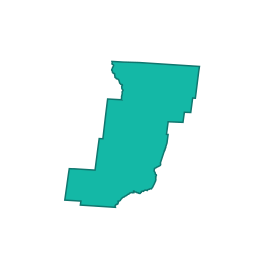 Alberti, Buenos Aires, Argentina (Equal Earth projection), rotated 232°
{"feature_id": "61730980B40572574294935", "entity_name": "Alberti", "entity_type": "district", "adm_level": 2, "iso_a3": "ARG", "parent_name": "Argentina", "parent_adm1": "Buenos Aires", "projection": "equal_earth", "projection_center": [-60.326, -35.028], "detail": "fine", "context": "isolated", "style": "filled", "palette": "teal", "viewbox_px": 256, "rotation_deg": 232, "n_neighbors": 0, "source": "geoboundaries", "source_scale": "gbopen_adm2", "svg_char_len": 4287}
<svg xmlns="http://www.w3.org/2000/svg" viewBox="0 0 256 256"><g transform="rotate(232 128 128)"><path d="M132.1,56.7L129.2,53.6L110.1,33.8L99.4,45.9L96.6,43.0L73.2,69.3L73.5,69.5L73.9,69.5L74.2,69.6L74.5,69.8L74.8,70.2L74.9,70.7L75.0,71.1L74.9,71.3L74.9,71.6L75.0,71.9L74.8,72.0L74.6,72.1L74.6,72.5L74.7,72.9L74.5,73.1L74.5,73.3L74.5,73.5L74.8,73.6L75.1,73.9L75.2,74.2L75.3,74.6L75.6,74.9L76.2,75.1L76.3,75.1L76.1,75.5L76.0,75.8L75.8,76.2L75.7,76.8L75.7,77.1L75.7,77.4L75.8,77.7L76.1,78.1L76.2,78.4L76.2,78.9L76.2,79.3L76.4,79.8L76.5,80.2L76.4,80.5L76.5,80.9L76.5,81.3L76.4,81.7L76.3,82.0L76.1,82.2L76.0,83.0L76.1,83.3L76.1,83.8L76.0,84.3L75.8,84.7L75.8,84.9L75.7,85.5L75.7,85.8L75.8,86.2L75.8,86.7L75.8,87.1L75.6,87.4L75.5,87.6L75.4,87.9L75.5,88.0L75.5,88.7L75.6,88.9L75.6,89.4L75.4,89.7L75.3,90.0L75.2,90.4L75.1,90.8L74.9,91.1L74.5,91.4L74.2,91.6L74.1,92.0L73.9,92.2L73.8,92.3L73.6,92.5L73.4,92.8L73.6,93.0L73.9,92.9L74.2,93.1L74.6,93.3L74.9,93.4L74.9,93.7L74.6,94.0L74.4,94.0L73.9,94.0L73.7,94.0L73.2,94.3L72.8,94.6L72.6,94.8L72.4,95.0L72.1,95.2L71.9,95.2L71.6,95.3L71.3,95.3L71.1,95.6L71.0,95.8L70.9,96.0L70.7,96.2L70.2,96.2L69.8,96.4L69.6,96.5L69.4,96.8L69.0,97.2L69.0,97.6L69.2,98.0L69.4,98.3L69.2,98.6L69.1,98.9L69.2,99.1L69.4,99.3L69.6,99.4L69.6,99.9L69.6,100.2L69.3,100.5L69.1,100.7L68.9,100.8L68.6,101.1L68.5,101.3L68.6,101.7L68.8,102.0L68.7,102.6L68.6,102.8L68.5,103.3L68.3,103.5L68.0,103.7L67.8,104.0L67.6,104.3L67.2,104.4L66.9,104.6L67.0,105.0L67.2,105.4L67.1,105.9L67.0,106.3L66.8,106.6L66.7,106.9L66.5,107.3L66.6,107.8L66.5,108.1L66.1,108.5L65.7,108.8L65.6,109.1L65.7,109.3L65.9,109.7L66.0,110.2L66.1,110.6L66.2,111.0L66.3,111.3L66.6,111.7L66.8,112.0L66.8,112.4L67.1,112.8L67.3,113.2L67.5,113.6L67.7,114.1L67.8,114.5L68.0,114.8L68.3,115.0L68.4,115.4L68.6,115.7L68.7,116.0L68.9,116.4L69.0,116.6L69.2,116.9L69.2,117.0L69.3,117.2L69.4,117.4L69.7,117.5L69.9,117.6L70.0,117.9L70.2,118.2L70.4,118.4L70.8,118.5L71.1,118.7L71.3,118.8L71.3,119.0L71.5,119.3L71.9,119.5L72.2,119.5L72.5,119.6L72.6,119.8L72.7,120.0L72.7,120.3L72.8,120.5L72.9,120.8L73.1,121.1L73.5,121.4L74.0,121.5L74.3,121.3L74.6,121.1L75.0,121.3L75.4,121.5L75.9,121.8L76.3,121.9L76.9,122.0L77.5,122.0L77.9,122.0L78.3,122.3L78.7,122.8L79.0,123.2L79.5,123.6L79.8,123.9L79.8,124.4L79.6,124.9L79.5,125.2L79.4,125.8L79.4,126.4L79.3,126.9L79.1,127.7L79.0,128.2L78.9,129.0L78.7,129.6L78.7,130.3L78.8,130.8L79.2,131.3L79.6,131.6L79.8,131.7L80.2,131.8L80.5,132.0L86.9,141.5L87.8,143.3L88.0,143.1L89.2,145.5L89.4,145.4L92.2,149.5L98.2,155.6L99.3,154.4L108.2,163.5L98.6,174.8L105.7,182.1L101.6,187.0L111.8,197.4L110.0,199.4L129.1,218.6L132.5,222.2L172.7,177.1L182.9,164.8L190.4,156.3L190.3,156.2L190.1,156.2L189.8,156.1L189.5,156.0L189.3,155.8L189.0,155.6L188.8,155.3L188.6,155.0L188.1,154.8L187.8,154.9L187.6,155.1L187.3,155.2L186.9,155.3L186.6,155.4L186.2,155.2L185.9,154.9L185.7,154.4L185.6,154.1L185.4,153.7L185.1,153.4L185.1,153.1L184.9,152.6L184.7,152.4L184.4,152.1L184.3,151.7L184.1,151.2L183.7,150.8L183.3,150.7L182.9,150.8L182.5,150.8L182.1,150.4L181.6,150.1L181.3,150.2L180.9,150.3L180.5,150.1L180.1,150.0L179.8,150.2L179.7,150.5L179.4,150.8L179.1,150.9L178.8,150.8L178.6,150.7L178.4,150.5L178.2,150.3L177.9,150.1L177.6,149.9L177.2,149.6L176.8,149.6L176.5,149.4L176.2,149.1L175.9,148.9L175.6,149.0L175.1,149.1L174.9,149.2L174.7,149.3L174.3,149.3L173.9,149.2L173.7,149.4L173.3,149.8L173.1,150.0L172.7,150.2L172.3,150.1L171.9,150.2L171.6,150.3L171.1,150.2L170.7,150.0L170.2,149.8L169.9,149.7L169.5,149.6L169.1,149.4L168.9,149.2L168.6,149.1L168.1,149.2L167.7,149.3L167.3,149.2L167.0,149.2L166.7,149.3L166.4,149.6L166.1,149.9L165.8,150.1L165.5,150.1L165.1,149.9L165.0,149.6L165.0,149.2L164.8,148.9L164.4,148.6L164.3,148.3L164.0,148.2L163.6,148.0L163.2,147.7L162.9,147.5L162.6,147.3L162.2,147.4L161.9,147.5L161.6,147.5L161.2,147.4L160.9,147.3L160.6,147.1L160.5,146.7L160.4,146.4L160.3,145.9L160.1,145.7L159.8,145.4L159.5,145.2L159.2,144.9L158.8,144.8L158.5,144.5L158.3,144.2L157.9,143.8L157.8,143.5L157.4,143.2L157.2,142.8L157.0,142.5L156.7,142.2L156.3,142.0L155.9,141.6L155.5,141.4L155.3,141.1L155.1,140.7L154.9,140.5L154.6,140.4L154.3,140.3L154.2,140.3L163.4,129.8L151.7,118.1L135.0,101.6L137.4,98.8L129.2,90.4L115.1,76.1L129.2,60.2L130.2,58.9L132.1,56.7Z" fill="#14b8a6" stroke="#0f766e" stroke-width="1.5"/></g></svg>